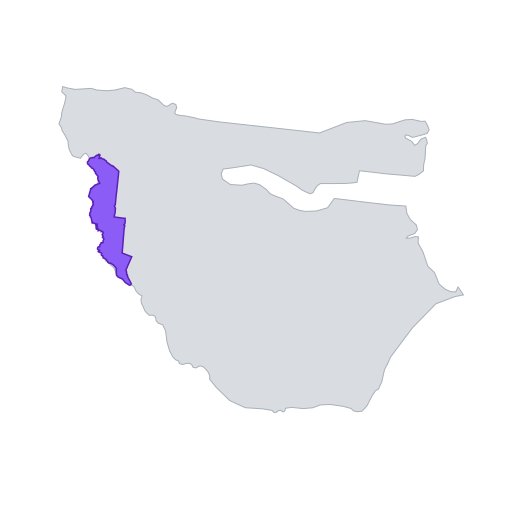 location of Bakel, Tambacounda, Senegal, rotated 186°
{"feature_id": "50182788B16013842146029", "entity_name": "Bakel", "entity_type": "district", "adm_level": 2, "iso_a3": "SEN", "parent_name": "Senegal", "parent_adm1": "Tambacounda", "projection": "mercator", "projection_center": [-12.18, 14.211], "detail": "fine", "context": "in_parent", "style": "filled", "palette": "violet", "viewbox_px": 512, "rotation_deg": 186, "n_neighbors": 0, "source": "geoboundaries", "source_scale": "gbopen_adm2", "svg_char_len": 8618}
<svg xmlns="http://www.w3.org/2000/svg" viewBox="0 0 512 512"><g transform="rotate(186 256 256)"><path d="M405.0,235.2L411.4,246.5L410.0,252.0L408.5,259.9L412.2,265.7L416.4,269.5L419.5,272.9L422.8,277.7L423.4,287.2L422.8,294.1L425.0,297.2L426.8,301.1L426.4,304.3L425.2,307.2L421.1,311.0L420.4,318.1L427.1,326.7L431.3,331.4L431.3,334.1L432.5,337.0L435.6,340.4L437.6,339.6L439.7,336.8L440.7,334.9L446.4,335.7L449.1,336.6L452.8,342.2L454.1,346.0L455.0,350.6L458.8,356.5L462.1,360.6L462.8,363.2L465.8,366.7L464.0,374.4L464.2,378.3L462.2,388.7L461.7,393.6L461.8,395.4L466.4,399.1L465.9,404.3L461.3,403.4L453.3,402.8L437.3,405.5L431.8,404.4L421.2,404.8L413.7,406.3L404.2,409.7L396.9,408.8L392.9,406.2L387.6,406.3L381.7,404.9L375.4,402.3L369.6,401.0L363.4,396.2L360.5,395.4L358.5,396.6L356.7,398.2L354.9,399.2L351.6,398.3L350.3,395.1L351.4,392.0L351.7,389.6L350.1,388.3L346.3,387.9L340.2,387.9L330.3,386.9L328.0,386.3L305.9,385.5L283.0,385.4L263.5,385.3L239.0,385.2L221.7,385.1L205.6,385.0L193.2,391.4L179.7,398.3L161.6,402.0L140.8,400.6L134.1,401.6L127.2,404.7L122.2,406.9L115.0,408.2L105.7,407.1L102.0,407.8L99.6,404.7L97.0,399.6L98.6,395.8L104.3,393.4L112.8,390.3L117.3,391.9L119.9,392.0L120.4,390.0L119.5,388.9L113.1,386.2L109.8,382.6L107.0,384.7L104.6,389.1L102.7,390.4L99.8,391.7L98.1,388.7L97.4,385.7L98.7,383.5L98.1,370.8L98.8,364.0L98.4,358.1L102.5,354.2L106.3,351.8L121.2,351.6L135.0,351.3L148.4,351.5L162.0,351.6L163.3,339.8L167.6,338.8L174.1,337.6L186.1,336.2L199.4,334.8L202.3,332.5L204.5,328.5L205.9,325.0L208.7,323.5L212.4,324.7L217.3,326.5L222.4,329.4L228.2,332.1L232.1,333.7L241.4,337.9L257.4,343.7L270.5,346.0L286.4,341.8L297.8,339.0L299.2,334.0L297.4,329.0L288.9,324.4L277.3,324.9L273.8,326.2L268.4,327.7L265.1,328.3L259.7,327.2L252.7,323.3L248.4,319.3L242.2,317.4L235.0,315.6L223.4,307.4L217.3,305.9L211.6,305.5L200.6,307.1L189.8,311.5L184.2,321.4L173.4,321.3L150.5,320.9L129.5,320.7L112.2,321.3L110.4,314.1L106.3,308.4L99.7,303.5L98.2,299.0L100.5,295.0L106.9,291.7L108.4,289.4L105.0,289.8L99.9,291.9L96.5,292.0L96.1,285.7L90.4,277.6L84.0,263.8L76.8,258.2L70.8,247.1L64.4,242.8L58.6,240.8L53.6,241.2L51.8,246.3L45.6,239.0L54.1,236.4L72.2,227.2L93.0,200.8L111.6,169.6L114.0,162.2L116.3,156.6L117.8,143.8L120.5,136.1L123.0,134.7L126.1,128.8L130.0,118.5L134.3,112.8L139.1,111.7L142.9,112.2L145.6,114.3L153.4,115.6L166.5,116.1L176.6,114.6L183.7,111.0L193.0,109.2L204.6,109.2L210.7,107.7L211.3,104.7L212.8,103.8L215.2,105.0L217.5,104.6L219.7,102.5L221.8,102.3L223.9,104.1L233.6,104.7L250.9,104.0L266.9,109.4L281.5,120.9L289.1,128.5L289.6,132.4L292.0,136.2L296.4,140.1L300.4,140.9L304.0,138.4L306.9,138.7L308.9,141.7L313.1,142.3L317.8,140.4L321.1,141.1L321.7,142.8L322.5,143.8L324.7,144.2L327.8,146.5L332.0,152.6L335.5,161.1L338.1,172.0L341.6,177.9L346.0,178.9L348.6,181.1L349.1,183.7L350.3,185.5L352.4,186.4L356.2,185.9L360.5,189.5L365.2,197.5L365.9,201.1L365.2,203.1L365.4,204.5L368.5,205.8L371.5,208.4L373.9,212.4L379.0,215.8L387.0,218.9L392.7,223.4L396.2,229.5L403.5,234.6L405.0,235.2Z" fill="#d9dde1" stroke="#a8b0b8" stroke-width="1"/><path d="M431.8,335.6L431.8,335.4L431.8,335.1L432.8,332.6L433.4,332.1L433.4,331.7L433.4,331.0L433.2,330.4L433.0,329.9L432.4,329.6L431.5,329.1L431.1,328.3L430.9,328.1L430.0,327.7L429.7,327.5L429.5,327.2L428.7,326.3L427.4,326.0L427.0,325.5L426.2,325.0L426.0,324.7L426.0,324.3L425.9,324.0L425.3,323.3L424.9,322.9L424.3,322.7L424.2,322.1L424.3,321.6L424.2,321.2L423.3,320.7L422.7,320.0L422.6,319.7L421.7,319.0L421.4,318.7L421.4,318.3L421.5,317.6L421.5,316.9L421.3,315.8L420.9,315.3L420.8,314.7L420.7,314.5L420.2,314.1L420.2,313.8L419.9,313.4L419.4,312.9L419.1,312.0L419.4,312.0L419.6,311.9L419.9,311.4L420.1,311.4L420.5,311.2L420.8,311.1L421.1,311.0L421.4,310.9L421.6,310.6L422.0,310.5L422.6,310.1L422.8,310.0L422.9,309.8L423.4,309.8L423.8,309.5L423.9,309.2L423.9,308.9L424.9,308.3L425.0,307.9L425.3,307.8L425.7,307.1L425.7,306.8L425.8,306.7L426.5,306.5L426.5,306.2L426.7,305.9L427.3,305.8L427.5,305.7L427.3,304.9L427.5,304.6L427.6,303.7L427.8,303.1L427.7,302.4L428.0,302.0L428.2,300.4L428.7,297.6L425.5,295.2L425.2,294.9L424.8,294.6L424.7,294.3L424.7,294.1L424.5,293.9L424.1,293.5L423.9,293.6L423.5,293.3L423.4,293.1L423.5,292.8L423.7,292.4L423.9,292.3L423.8,292.1L423.7,291.5L423.5,291.0L423.2,290.6L423.1,290.3L423.6,290.0L423.6,289.5L423.5,288.7L424.0,288.5L424.1,288.2L424.5,287.7L424.3,286.9L424.3,286.4L424.6,286.1L424.9,286.0L425.3,286.0L425.2,284.2L424.9,283.5L425.2,282.5L425.5,282.1L425.7,281.9L425.7,281.3L425.7,280.7L425.8,279.3L425.7,279.1L425.3,279.0L424.9,278.7L424.9,277.7L424.6,277.6L424.2,277.2L423.6,275.6L423.3,274.6L422.9,273.5L422.5,272.2L422.4,272.3L422.3,272.0L422.1,272.3L421.9,272.1L422.0,272.1L421.9,272.0L422.0,272.0L421.8,271.8L421.4,272.0L421.2,272.0L421.1,271.9L420.8,271.9L420.8,271.7L420.4,271.4L420.2,271.4L419.5,271.4L418.9,271.3L418.8,271.0L418.7,271.0L418.6,270.8L417.9,270.9L417.7,270.7L417.4,270.6L417.2,270.8L417.2,270.6L417.3,270.5L417.4,270.4L417.2,270.4L417.1,270.2L417.2,270.3L417.5,270.2L417.8,269.8L417.6,269.6L417.9,269.4L417.6,269.3L417.4,269.3L417.4,269.2L417.2,269.3L417.2,269.5L417.0,269.2L416.9,268.8L417.0,268.7L417.3,268.6L417.2,268.9L417.3,269.0L417.3,268.8L417.6,268.8L417.5,268.7L417.4,268.7L417.5,268.6L417.8,268.7L417.7,268.8L418.0,268.7L417.9,268.5L417.7,268.5L417.7,268.2L417.3,268.0L417.1,267.8L417.1,267.6L417.3,267.6L417.3,267.4L417.4,267.2L417.6,267.3L417.8,267.3L417.7,267.1L417.8,266.7L417.8,266.4L417.4,266.0L417.1,265.9L416.8,265.9L416.5,266.1L416.1,266.5L416.0,266.3L415.8,266.2L415.7,266.2L415.4,265.5L415.6,265.0L415.6,264.6L415.3,264.7L415.4,265.0L415.2,265.1L414.8,264.9L414.7,265.0L414.4,265.3L413.6,265.2L413.0,264.9L412.7,264.5L412.6,264.1L412.4,264.2L412.2,264.1L411.9,264.4L411.7,264.4L411.3,264.2L410.9,263.8L410.5,263.7L410.6,263.2L410.5,262.4L410.7,262.1L411.2,261.5L411.3,261.3L411.2,261.0L410.8,260.5L410.2,260.0L410.1,259.9L410.2,259.5L410.7,258.6L410.5,258.2L409.4,257.8L409.2,257.5L409.1,256.6L409.7,255.3L409.4,253.6L409.6,253.3L410.0,253.0L410.7,253.1L411.0,253.2L411.5,253.0L411.6,252.9L411.5,252.3L411.7,251.7L412.4,250.9L412.4,249.0L412.6,248.8L413.4,248.8L413.7,248.7L414.0,248.4L414.3,247.8L414.4,247.1L414.4,246.6L414.3,246.2L414.0,246.0L413.4,245.7L412.3,245.5L412.2,245.3L412.1,245.0L412.2,244.9L412.8,244.7L413.2,244.4L413.4,244.2L413.4,243.8L413.1,243.6L412.6,243.8L412.2,243.6L411.7,243.1L410.5,243.1L409.9,242.8L409.7,242.4L410.0,241.7L410.0,241.2L409.9,240.7L409.4,240.3L409.2,240.2L408.6,240.2L408.3,240.1L407.9,238.2L405.1,237.3L404.6,236.8L403.1,235.1L402.7,234.4L402.2,234.0L401.7,233.7L401.3,233.6L400.6,233.6L400.2,233.5L399.9,233.6L399.1,233.3L398.8,233.3L398.1,232.6L397.8,232.5L397.4,232.5L397.2,232.4L396.4,231.7L395.8,231.3L394.6,230.0L394.3,229.7L393.5,229.2L393.4,228.8L393.6,228.3L393.7,227.6L393.4,226.9L393.0,223.4L392.8,222.5L392.4,222.1L392.0,221.5L391.5,221.2L391.2,220.9L390.5,220.4L389.6,220.2L389.1,220.0L386.4,219.2L384.6,217.3L384.2,217.1L383.3,216.0L382.3,215.4L380.9,214.8L379.1,213.8L378.9,213.8L378.4,213.8L377.9,214.0L377.4,214.4L377.3,214.9L377.3,215.3L377.2,215.5L378.7,217.8L381.3,221.6L381.6,222.3L381.6,222.8L382.1,223.1L382.0,223.3L381.9,223.3L382.0,223.5L382.3,223.8L382.2,224.0L382.6,224.3L383.0,225.6L382.9,225.8L383.0,226.3L383.0,226.6L383.7,228.0L384.0,228.4L383.2,230.4L382.7,232.4L379.8,241.4L379.5,242.3L389.4,244.9L390.0,268.8L389.7,272.6L390.7,273.0L390.7,273.4L390.1,273.8L389.7,274.9L389.7,277.1L390.1,278.7L390.1,279.8L391.4,279.7L401.1,280.0L401.2,281.0L400.9,281.9L401.0,282.4L400.9,282.8L400.9,283.3L400.6,284.0L400.7,284.8L400.7,286.3L400.8,286.6L400.7,286.9L400.7,287.1L400.9,287.6L400.7,288.1L400.7,288.4L401.0,288.8L401.0,289.3L401.1,289.6L401.7,290.2L402.0,290.7L402.0,291.0L401.7,291.8L401.3,292.1L401.4,303.1L401.3,305.2L401.3,307.3L401.3,312.4L401.3,315.5L401.3,325.9L402.6,326.9L407.4,330.4L407.5,330.2L407.9,330.3L408.6,330.8L408.9,330.7L409.6,331.1L410.4,331.5L410.7,331.8L412.9,333.0L413.9,333.4L414.2,333.7L414.4,334.3L414.7,334.7L415.0,335.0L415.6,335.1L415.8,335.3L416.3,335.6L416.8,336.2L417.4,336.2L417.9,336.5L418.3,336.4L419.1,336.6L419.6,337.1L419.8,337.1L420.3,337.4L420.6,337.4L420.8,337.2L421.2,337.1L422.0,336.5L422.3,336.6L422.1,336.9L422.1,337.4L422.0,337.6L422.0,338.1L422.2,338.6L422.1,339.2L421.7,339.6L422.0,340.0L422.0,340.4L422.1,340.6L422.9,340.7L423.2,340.7L423.6,340.0L423.7,339.7L423.9,339.7L424.5,339.7L424.8,339.4L425.1,339.4L425.6,338.8L426.0,338.6L426.3,338.3L426.3,338.2L426.6,337.9L426.8,337.5L427.2,336.9L427.7,336.8L428.3,337.0L428.9,336.8L429.2,336.5L429.9,336.5L430.6,336.2L431.2,335.8L431.6,335.7L431.8,335.6Z" fill="#8b5cf6" stroke="#5b21b6" stroke-width="1.5"/></g></svg>